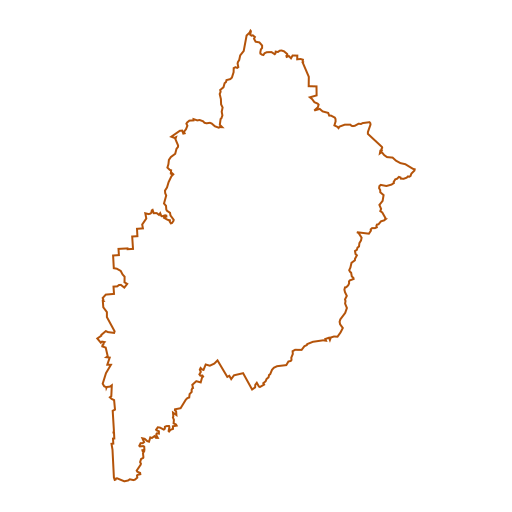 the district of Adelaide Hills, South Australia, Australia
{"feature_id": "25037944B81795940513405", "entity_name": "Adelaide Hills", "entity_type": "district", "adm_level": 2, "iso_a3": "AUS", "parent_name": "Australia", "parent_adm1": "South Australia", "projection": "albers", "projection_center": [138.799, -34.901], "detail": "fine", "context": "isolated", "style": "outline", "palette": "amber", "viewbox_px": 512, "rotation_deg": 0, "n_neighbors": 0, "source": "geoboundaries", "source_scale": "gbopen_adm2", "svg_char_len": 6046}
<svg xmlns="http://www.w3.org/2000/svg" viewBox="0 0 512 512"><path d="M193.5,119.1L193.5,120.4L189.4,120.6L187.1,122.5L186.4,123.7L187.4,125.7L186.0,129.2L183.9,131.9L184.6,133.3L183.3,133.6L182.2,130.6L179.8,130.8L171.3,136.7L174.5,137.9L176.0,137.2L175.4,139.1L178.1,145.5L178.0,146.9L176.5,148.8L175.2,153.8L170.9,157.0L168.9,159.9L168.4,164.3L167.4,167.6L169.8,169.9L171.1,170.3L170.8,173.6L171.6,174.1L172.2,173.3L173.3,174.3L171.4,176.3L168.6,182.1L167.0,187.5L165.0,190.6L165.2,193.2L166.2,195.5L164.0,203.5L166.0,205.8L166.3,209.6L167.0,210.8L170.0,212.8L170.5,215.5L173.7,219.8L173.5,220.8L172.0,223.0L170.9,223.4L169.6,221.4L169.9,220.3L167.6,219.8L164.0,217.8L164.2,217.2L166.4,216.6L166.3,215.6L165.2,215.3L161.9,216.3L161.2,215.8L160.2,213.2L159.0,214.9L156.7,213.1L153.7,213.2L152.6,209.9L151.8,210.4L151.3,212.8L150.4,213.6L148.6,214.1L145.3,213.3L146.3,218.5L142.2,224.5L142.9,228.4L137.0,228.8L137.4,236.2L132.2,236.5L133.0,248.9L127.6,249.2L127.5,248.4L118.5,248.9L118.9,255.1L113.1,255.5L113.8,268.2L116.8,268.7L120.7,270.9L122.6,274.5L124.6,276.7L124.5,282.3L127.2,283.9L124.3,287.6L120.9,284.9L119.0,285.0L117.2,286.4L113.5,286.6L114.0,293.9L105.8,294.6L102.7,298.0L103.3,299.4L102.9,300.1L103.5,300.9L102.8,300.9L103.3,307.3L106.9,312.1L106.9,317.1L114.6,331.3L114.1,332.9L113.3,332.8L107.9,332.1L105.8,331.1L101.3,334.9L101.3,335.7L97.3,338.5L100.8,342.7L102.0,341.6L104.5,342.1L103.5,343.3L103.4,344.6L102.5,345.1L102.3,346.4L105.7,347.6L107.7,356.2L106.4,357.2L109.7,357.6L107.3,364.7L110.9,364.8L106.0,373.1L102.7,383.7L104.2,386.3L106.3,387.2L106.4,387.9L106.8,387.0L110.0,386.6L111.8,385.3L111.3,396.2L109.9,397.3L111.6,398.9L114.1,400.1L115.0,409.6L112.7,410.8L113.9,430.6L113.5,432.4L114.0,432.4L114.3,438.5L113.0,438.6L113.3,443.6L111.5,443.8L112.5,449.8L113.9,477.5L114.7,479.9L115.6,479.6L116.2,478.4L117.1,478.3L124.3,481.3L128.1,480.5L129.8,479.3L133.5,480.1L135.0,479.6L137.3,477.6L137.0,475.5L137.5,474.9L140.3,474.2L140.1,472.9L137.3,471.7L136.7,470.6L140.7,464.6L140.9,463.6L140.1,462.1L141.1,459.0L143.2,457.9L143.4,457.3L143.0,453.2L143.9,451.6L142.7,451.2L142.4,450.2L144.4,449.8L144.2,446.6L143.3,446.1L139.8,446.4L139.3,445.8L140.6,443.2L142.7,443.2L144.1,442.1L142.4,438.3L144.7,438.8L147.2,441.1L149.0,441.7L150.3,437.4L151.9,438.0L154.5,436.1L156.0,437.9L157.8,437.9L156.4,435.3L156.3,434.2L157.0,433.3L158.9,433.6L158.9,431.3L156.5,430.3L156.1,429.7L157.8,427.3L160.0,427.6L163.8,429.6L164.8,428.7L164.9,426.8L166.5,426.1L169.0,426.0L169.4,427.2L168.6,431.0L169.1,431.5L170.5,429.8L173.0,428.9L172.9,426.3L176.6,425.6L176.0,424.5L173.6,423.3L173.9,419.9L172.9,417.3L173.3,416.4L173.0,412.6L176.4,415.0L176.1,411.3L174.9,410.3L175.0,409.3L180.6,408.2L185.8,399.7L187.4,398.1L189.2,397.5L189.6,394.1L191.7,391.9L191.6,389.9L192.3,388.3L193.0,388.0L192.3,384.8L196.3,381.2L200.7,382.4L202.1,377.4L203.1,376.6L202.4,375.5L200.4,375.7L199.4,374.4L200.8,371.9L199.8,369.7L200.6,368.0L202.1,369.5L203.5,369.9L205.7,364.5L209.8,365.7L214.3,363.6L217.5,360.4L227.3,376.9L229.3,375.8L231.2,379.1L234.0,375.3L243.1,373.2L252.1,389.5L255.1,387.4L255.3,384.8L256.8,382.8L258.9,386.5L259.9,387.0L264.1,384.6L263.3,383.2L265.6,381.3L266.6,378.9L268.5,377.4L269.1,374.9L270.2,374.2L272.0,369.8L273.9,367.7L277.1,366.2L286.3,365.1L288.4,361.5L290.7,361.0L291.5,359.9L291.3,357.7L292.8,354.0L292.6,351.2L295.1,349.8L301.6,349.9L304.4,346.2L306.8,345.1L307.2,344.1L312.9,341.8L323.1,340.3L326.0,340.7L325.3,339.0L329.0,337.7L329.9,340.0L330.8,337.5L334.0,336.5L337.5,336.7L340.5,332.5L342.8,328.0L340.1,324.3L339.6,321.8L340.3,319.4L345.2,312.9L346.9,308.0L345.1,303.6L345.5,301.0L345.0,299.4L346.8,295.9L345.0,292.2L344.4,289.7L345.0,287.4L346.3,287.2L348.2,285.3L349.1,283.4L349.0,281.4L349.8,280.4L353.6,279.0L353.4,277.9L351.8,276.4L351.1,272.6L350.1,271.9L349.2,270.2L350.4,267.6L351.5,262.8L354.9,260.3L355.0,258.8L356.9,255.3L355.5,254.0L355.0,251.0L356.9,249.8L357.5,247.6L359.0,246.5L359.4,243.1L361.0,240.5L361.6,237.7L358.6,233.0L356.9,232.2L368.9,233.7L370.9,230.7L370.7,229.4L372.1,228.1L375.0,228.1L376.8,227.3L376.4,225.9L376.9,224.6L378.5,224.3L381.0,221.3L384.1,220.4L385.7,219.1L385.1,219.0L385.4,218.0L382.3,212.5L380.3,211.1L381.1,208.9L379.4,204.9L382.6,200.9L383.6,195.1L380.3,192.3L380.2,190.1L379.1,188.1L379.4,186.1L380.7,184.9L386.4,186.0L391.5,184.6L393.9,183.0L393.7,181.9L395.3,179.3L397.0,178.8L398.9,176.9L400.5,177.5L400.8,178.6L403.6,178.8L406.6,177.7L408.0,176.4L409.1,176.8L410.5,176.0L411.4,173.6L414.4,170.6L414.7,169.3L412.9,168.8L405.3,164.2L400.4,163.1L396.0,160.7L392.6,157.6L387.0,157.1L384.2,155.1L381.7,152.1L379.9,153.4L380.4,150.6L381.8,150.1L381.4,149.2L382.2,147.8L382.0,147.0L367.9,133.9L367.9,132.0L370.5,124.6L370.3,123.2L369.5,122.2L362.6,123.1L361.0,124.0L358.6,123.7L354.8,125.8L352.9,126.1L351.5,125.8L350.4,124.7L344.7,124.7L339.5,126.6L338.5,128.1L337.5,126.9L334.4,125.4L335.6,121.4L335.5,119.0L334.8,117.6L331.0,115.6L329.2,115.6L328.2,112.9L322.6,111.4L319.7,108.9L314.3,110.5L317.9,107.2L318.6,104.6L317.6,103.6L314.4,102.2L312.1,99.1L309.9,97.3L316.6,95.4L316.5,86.4L308.7,86.2L308.8,76.8L302.9,63.0L303.1,62.3L302.6,62.2L302.9,59.7L300.5,59.0L297.2,59.3L297.3,55.6L292.6,55.5L291.0,58.3L288.9,56.1L286.7,56.9L286.4,55.9L287.4,54.9L287.2,54.0L284.0,51.3L281.5,50.5L279.7,50.7L277.9,52.0L275.7,51.6L275.4,53.5L274.7,54.2L271.5,52.1L266.8,52.2L264.6,53.2L263.4,55.0L262.0,54.7L260.4,53.6L260.3,52.3L260.9,49.4L262.1,48.0L262.1,45.5L259.4,42.4L255.6,41.7L254.0,38.7L254.9,37.0L252.8,35.3L251.5,35.7L250.2,34.7L250.9,31.2L250.5,30.7L249.6,32.6L246.6,35.5L243.7,51.0L240.2,55.4L239.2,60.0L237.9,62.1L237.6,63.6L238.3,67.1L237.2,67.9L235.5,67.2L233.7,68.1L233.6,72.2L231.9,77.6L230.3,79.1L226.5,80.1L226.0,82.0L224.6,83.2L223.5,87.2L220.2,90.0L220.6,91.8L219.7,94.0L220.9,99.1L221.1,104.4L222.6,107.5L221.7,111.7L222.4,115.4L221.4,118.3L220.6,119.0L219.8,124.8L222.2,127.2L219.5,127.1L218.8,127.7L214.9,126.3L211.7,123.5L209.9,122.8L206.6,123.3L204.5,122.8L203.1,121.3L199.6,120.0L197.3,120.4L193.5,119.1Z" fill="none" stroke="#b45309" stroke-width="2"/></svg>